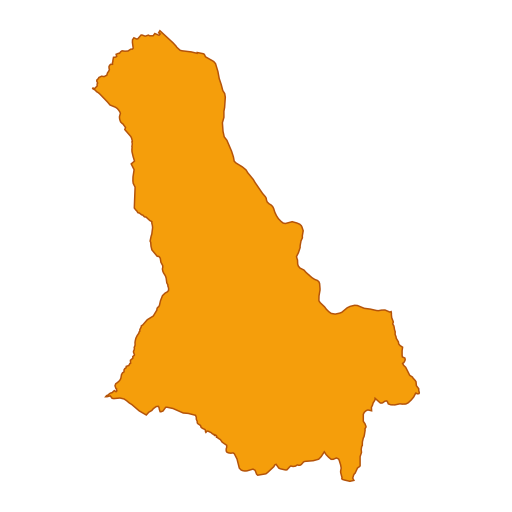 Bania, Caras-Severin, Romania
{"feature_id": "2599482B2316424382008", "entity_name": "Bania", "entity_type": "district", "adm_level": 2, "iso_a3": "ROU", "parent_name": "Romania", "parent_adm1": "Caras-Severin", "projection": "orthographic", "projection_center": [22.097, 44.811], "detail": "fine", "context": "isolated", "style": "filled", "palette": "amber", "viewbox_px": 512, "rotation_deg": 0, "n_neighbors": 0, "source": "geoboundaries", "source_scale": "gbopen_adm2", "svg_char_len": 6039}
<svg xmlns="http://www.w3.org/2000/svg" viewBox="0 0 512 512"><path d="M105.7,396.7L107.1,396.7L110.3,395.9L112.1,398.3L113.8,398.6L120.0,398.0L124.1,399.0L126.5,400.6L129.2,402.9L131.9,404.6L139.2,410.9L146.3,415.0L148.8,412.2L151.8,410.5L153.4,408.6L156.1,406.6L158.2,406.3L159.0,407.4L159.3,409.2L160.1,411.7L160.9,411.8L163.0,411.0L165.7,407.3L166.9,407.2L173.0,408.5L183.2,413.0L188.2,413.4L195.5,415.3L196.3,417.3L196.3,419.2L197.2,421.3L197.3,422.9L198.0,423.8L200.4,425.4L200.8,426.2L200.9,427.0L202.2,428.2L205.1,429.6L205.5,430.8L205.5,431.7L205.9,432.4L206.9,431.2L207.9,431.1L211.1,432.6L212.5,433.9L214.6,434.7L214.3,435.2L214.6,435.5L215.8,435.2L216.6,436.0L216.4,436.8L216.5,437.3L217.5,437.4L218.1,438.2L220.4,439.6L222.2,442.2L226.7,445.3L226.7,447.3L226.2,448.9L226.2,450.9L226.7,452.0L228.2,452.8L230.7,453.2L233.1,452.9L234.3,453.7L237.0,459.0L239.3,468.1L241.1,470.0L242.9,470.7L244.8,471.0L246.9,470.9L253.0,469.1L255.1,470.3L256.6,474.2L257.7,475.2L265.9,473.8L267.6,472.5L273.8,466.7L274.8,464.9L276.1,464.3L278.8,468.1L280.3,468.8L285.2,469.9L286.5,469.9L287.0,469.8L289.8,466.7L290.8,466.0L293.1,466.5L295.5,466.1L297.3,464.9L298.7,465.3L300.1,465.2L301.3,464.5L303.6,461.9L304.9,461.4L313.3,460.7L318.7,459.2L321.2,456.6L324.3,451.8L326.1,454.6L328.6,457.2L331.1,459.3L333.2,459.3L336.4,458.0L338.5,458.9L339.1,460.0L340.6,464.8L341.2,468.1L340.6,471.3L340.7,472.7L342.0,477.6L341.8,478.8L342.7,479.5L344.7,480.1L349.9,481.3L353.9,480.4L352.7,478.1L353.7,474.9L354.4,473.8L355.1,473.2L357.5,468.0L359.6,466.5L360.1,465.8L360.1,456.6L361.5,452.4L361.2,449.4L361.7,446.3L362.3,445.6L362.4,441.9L363.3,438.0L364.0,436.7L364.4,434.8L365.1,430.4L365.0,428.7L365.9,427.3L366.0,426.5L365.0,423.8L363.3,421.3L363.3,414.3L364.3,412.3L365.8,410.9L367.3,410.1L368.2,410.0L371.6,410.8L371.4,407.3L372.4,405.4L373.1,403.0L374.9,400.1L375.1,398.3L380.1,402.8L380.9,403.1L382.5,402.9L384.9,401.2L386.7,400.9L387.6,402.1L388.3,403.9L390.9,404.8L394.9,404.9L399.9,403.8L402.2,404.1L405.8,404.0L408.2,402.8L411.3,399.9L413.7,397.0L415.7,393.1L416.1,393.1L417.1,393.8L418.8,393.7L419.1,393.5L419.3,392.5L418.8,390.8L418.7,388.7L416.4,385.7L416.0,381.7L415.3,380.6L412.8,377.8L412.5,377.1L409.7,375.3L405.7,367.3L403.6,365.3L402.6,363.4L403.7,362.7L404.5,361.5L405.2,359.8L404.9,358.1L402.4,356.9L402.1,355.3L402.1,350.7L402.6,347.2L400.0,345.5L398.7,343.9L398.4,341.9L396.2,338.2L396.1,337.0L395.1,334.3L395.2,331.8L394.5,329.6L394.1,327.0L393.8,325.8L392.8,324.2L392.8,323.4L393.3,322.1L393.2,321.6L391.7,317.7L391.4,314.8L391.4,313.0L391.1,311.6L389.9,312.1L385.0,310.0L381.6,310.1L378.3,310.7L376.4,310.5L370.3,309.1L364.2,308.3L357.4,305.5L354.6,305.3L350.1,306.4L347.2,307.8L341.8,312.3L339.8,313.1L335.2,314.1L331.1,313.4L328.7,311.6L326.3,309.2L324.6,306.9L320.1,302.6L318.9,300.7L319.0,295.9L320.0,290.1L320.0,288.6L319.6,283.6L318.9,281.8L317.5,280.5L314.7,279.4L312.0,277.7L306.0,272.4L304.0,270.1L299.9,268.0L298.3,266.0L297.7,264.2L297.5,260.0L296.9,258.3L296.5,256.5L298.4,252.8L300.1,247.6L300.1,245.9L301.0,240.9L302.4,237.8L302.3,235.9L303.2,230.8L302.0,227.1L301.3,225.7L299.7,224.2L296.9,223.0L292.2,221.7L285.4,223.5L283.2,223.1L280.8,221.2L278.4,218.7L276.5,215.8L274.8,212.2L273.6,208.4L272.6,206.5L271.1,205.0L269.2,203.9L267.2,202.0L266.5,200.2L266.2,198.2L265.4,196.8L262.5,193.4L254.9,182.3L253.3,179.5L247.7,172.7L246.1,170.0L242.5,167.0L236.0,163.0L234.2,161.2L233.4,156.9L231.6,151.3L226.9,140.3L224.2,136.8L223.0,131.3L222.4,122.7L223.9,117.4L223.9,111.2L224.6,107.5L225.3,97.2L224.7,93.6L222.8,90.6L221.2,84.5L219.2,78.5L217.9,71.5L215.5,63.6L213.7,61.5L205.5,56.8L204.3,54.3L203.2,53.7L197.2,52.5L197.1,53.3L191.2,51.9L182.1,50.8L180.1,50.3L176.7,47.2L176.2,46.3L173.2,43.0L159.9,30.7L158.6,32.8L160.2,34.0L159.0,35.3L154.8,33.5L153.2,35.7L152.6,35.8L149.6,35.8L148.4,35.1L145.2,36.2L142.3,35.1L141.1,35.0L137.8,38.8L136.6,39.0L133.9,37.8L132.5,39.8L132.4,42.4L133.2,48.1L132.5,49.1L130.7,49.2L128.0,51.0L125.0,51.2L122.1,50.8L120.6,51.8L119.5,53.3L118.5,53.3L116.1,54.3L116.7,56.4L115.5,57.2L113.5,57.3L112.8,61.1L112.9,61.7L112.5,62.4L112.5,64.3L110.7,64.3L109.7,65.2L109.0,66.5L109.0,68.0L109.4,69.6L108.7,71.2L107.5,72.9L106.8,75.2L104.1,76.6L101.6,76.2L98.9,77.5L98.3,78.6L96.8,80.1L96.8,81.2L97.5,82.6L97.6,83.3L97.1,84.0L97.2,85.9L94.6,88.6L93.0,88.0L92.7,88.6L95.3,90.2L96.5,91.6L98.3,92.7L99.7,93.9L107.5,102.0L110.0,105.0L115.6,107.3L117.3,108.5L118.8,110.3L119.9,112.0L120.4,113.4L119.5,116.5L119.5,117.9L119.8,119.7L120.6,121.9L122.2,123.5L122.8,123.8L125.5,127.5L124.8,129.6L130.7,136.4L131.5,137.9L132.3,140.9L132.3,141.5L131.9,141.8L132.3,143.8L131.9,146.7L132.1,147.2L131.9,149.4L132.0,151.8L133.1,156.5L134.5,161.1L131.2,163.9L134.1,169.7L133.0,176.9L132.9,180.8L133.2,183.3L135.1,187.2L134.3,208.0L135.8,210.0L136.7,210.8L137.9,212.7L139.5,213.1L141.6,214.8L142.8,215.1L144.4,216.8L146.1,217.1L149.8,220.5L151.8,221.6L151.8,223.0L152.4,225.6L152.6,227.7L151.8,234.1L151.1,236.3L150.1,241.1L150.7,242.4L151.0,246.2L151.9,249.9L157.2,256.3L158.7,256.4L159.7,257.3L160.3,258.4L160.9,262.2L162.7,265.6L162.8,267.1L162.4,269.0L162.8,271.1L163.5,272.8L165.4,275.9L166.1,277.9L166.8,282.9L167.9,284.9L167.8,286.0L168.1,286.4L168.6,288.5L168.5,290.5L167.4,291.8L165.1,293.1L162.5,295.6L160.5,300.7L159.4,305.5L158.4,307.1L157.6,307.4L157.0,308.7L156.8,310.2L153.3,316.0L147.3,319.7L142.8,324.9L141.3,325.9L141.2,327.0L139.9,329.5L139.8,331.3L139.0,332.1L138.9,333.1L137.2,335.5L135.9,338.2L135.3,340.6L135.0,342.5L135.1,344.5L134.9,345.9L134.2,347.3L134.4,348.6L134.1,350.1L133.5,351.2L133.5,352.2L134.4,354.6L134.3,355.3L132.8,356.5L132.9,358.1L130.4,360.3L130.6,363.3L129.8,363.7L128.8,365.5L126.2,366.4L126.2,367.3L125.7,368.2L124.9,368.5L124.2,369.5L124.0,370.3L124.1,371.3L123.8,372.1L122.6,372.7L121.5,374.6L120.9,378.1L120.3,379.5L119.5,380.7L117.5,382.5L115.7,383.8L115.0,385.8L115.9,388.4L116.6,388.9L116.5,389.7L116.9,390.8L116.0,391.7L114.3,390.6L112.0,392.7L110.7,393.0L109.6,393.6L108.1,395.0L106.6,395.6L105.7,396.7Z" fill="#f59e0b" stroke="#b45309" stroke-width="1.5"/></svg>